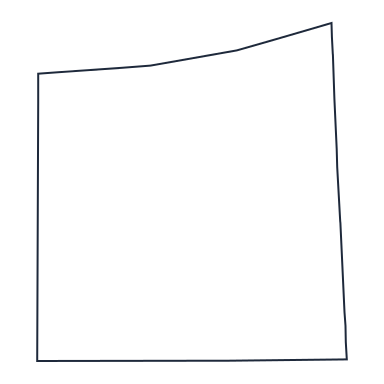 the district of Wayne, Mississippi, United States of America
{"feature_id": "52423323B18579387327768", "entity_name": "Wayne", "entity_type": "district", "adm_level": 2, "iso_a3": "USA", "parent_name": "United States of America", "parent_adm1": "Mississippi", "projection": "albers", "projection_center": [-88.616, 31.664], "detail": "fine", "context": "isolated", "style": "outline", "palette": "slate", "viewbox_px": 384, "rotation_deg": 0, "n_neighbors": 0, "source": "geoboundaries", "source_scale": "gbopen_adm2", "svg_char_len": 410}
<svg xmlns="http://www.w3.org/2000/svg" viewBox="0 0 384 384"><path d="M38.2,73.7L38.2,103.3L37.2,361.0L101.0,360.9L230.1,360.7L346.8,359.4L345.8,342.1L345.5,325.9L344.5,312.2L340.4,223.0L340.2,221.2L337.2,167.0L337.2,166.9L336.7,149.0L334.4,98.8L332.9,54.6L332.8,54.2L331.9,36.8L331.5,23.0L276.3,39.1L236.8,50.4L150.5,65.6L121.9,67.8L58.7,72.2L38.2,73.7Z" fill="none" stroke="#1e293b" stroke-width="2"/></svg>